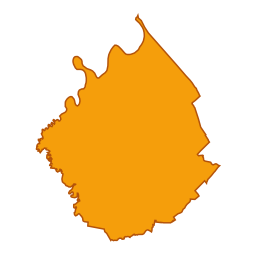 the district of Nautla, Veracruz, Mexico
{"feature_id": "50627088B42356912123760", "entity_name": "Nautla", "entity_type": "district", "adm_level": 2, "iso_a3": "MEX", "parent_name": "Mexico", "parent_adm1": "Veracruz", "projection": "natural_earth1", "projection_center": [-96.821, 20.123], "detail": "fine", "context": "isolated", "style": "filled", "palette": "amber", "viewbox_px": 256, "rotation_deg": 0, "n_neighbors": 0, "source": "geoboundaries", "source_scale": "gbopen_adm2", "svg_char_len": 5687}
<svg xmlns="http://www.w3.org/2000/svg" viewBox="0 0 256 256"><path d="M154.0,225.1L154.9,220.4L156.0,220.5L155.9,222.0L160.9,222.6L160.9,222.4L163.9,222.8L170.6,222.8L172.0,221.8L172.8,220.9L172.8,221.5L175.3,219.9L173.6,217.1L177.9,213.8L180.6,212.8L181.9,211.9L183.1,209.3L184.7,208.0L185.6,206.2L186.9,204.4L189.8,201.8L190.5,200.1L190.4,199.1L194.9,199.4L199.0,196.0L198.0,194.2L195.0,190.7L204.6,180.8L206.5,183.2L206.6,182.4L207.5,180.5L207.7,179.6L211.4,175.6L214.0,172.3L215.0,171.3L217.9,167.4L219.6,165.7L218.5,165.4L217.5,164.6L216.3,163.9L215.3,163.9L213.3,164.8L212.5,164.6L211.5,163.8L210.8,162.4L210.2,162.1L205.1,161.1L203.9,160.4L203.7,159.9L203.5,159.0L203.5,158.0L202.7,156.7L202.8,156.0L203.2,155.9L203.1,155.5L202.1,155.2L201.2,155.5L200.2,155.4L198.8,155.8L198.0,155.2L197.4,154.3L200.6,150.8L209.4,142.1L208.2,140.3L208.2,139.8L205.3,135.3L205.8,134.7L200.7,127.2L198.4,118.9L194.8,107.8L193.9,106.6L193.6,105.7L192.0,103.8L192.3,103.3L192.2,102.8L195.2,100.5L200.0,96.1L199.2,94.8L198.7,93.4L196.8,90.0L196.3,88.4L194.7,86.9L192.3,83.1L190.1,80.3L185.8,75.7L176.6,65.0L148.3,32.9L144.6,27.2L141.3,20.6L138.4,18.0L137.9,15.4L137.2,16.9L136.0,17.9L135.7,19.5L136.4,20.3L139.6,23.3L142.3,27.2L143.4,29.5L144.1,32.4L144.3,34.8L144.3,36.8L143.4,41.0L142.1,43.6L141.1,45.2L139.8,46.9L138.7,49.2L138.0,50.1L134.5,53.0L130.9,54.3L129.4,54.5L127.5,54.5L126.0,54.2L124.5,52.9L121.5,49.4L118.4,46.3L116.4,45.3L114.8,45.2L113.1,47.0L111.2,49.6L109.7,52.6L108.8,54.8L108.1,58.6L107.9,65.8L107.0,70.2L106.5,71.1L105.1,72.8L102.2,74.9L98.8,78.0L97.8,78.0L97.0,77.6L96.3,76.6L94.7,73.2L92.6,71.0L90.6,69.9L86.9,68.6L83.1,65.8L82.1,63.5L82.0,61.5L81.6,60.0L80.6,58.8L78.2,56.9L77.1,56.5L75.1,56.7L74.0,57.6L73.3,59.1L73.0,60.9L73.1,62.2L73.6,64.3L75.4,67.9L77.0,69.4L80.4,69.4L82.5,69.8L84.2,71.2L85.1,72.5L85.6,74.0L86.3,77.9L86.3,80.7L86.1,82.6L85.3,85.1L85.2,86.7L83.8,88.8L81.7,89.0L79.7,89.9L79.2,90.3L78.4,91.8L78.1,94.4L79.7,98.6L80.0,101.0L79.4,103.8L78.3,105.3L77.5,105.9L76.3,105.4L75.5,104.3L75.0,102.9L74.5,100.5L73.8,98.8L71.9,96.7L70.6,96.6L69.3,97.1L67.4,98.6L66.0,100.6L65.4,101.9L65.5,102.0L65.3,102.9L65.3,106.6L65.8,107.1L66.7,108.7L66.7,109.8L66.4,110.8L65.7,111.8L65.0,112.4L61.6,114.1L59.7,116.1L60.2,116.9L60.7,118.2L60.8,119.4L59.8,120.8L59.5,121.0L58.6,120.8L58.2,119.9L57.2,119.6L55.1,121.0L54.0,119.7L53.6,119.6L53.1,120.2L53.1,120.7L54.5,122.1L54.7,123.4L54.4,124.1L52.6,122.9L51.6,122.6L51.1,123.7L51.1,124.2L51.3,124.5L52.1,124.4L52.6,125.3L52.0,126.6L50.8,126.3L49.4,124.7L48.8,124.5L48.3,124.9L48.1,126.0L48.4,126.2L49.1,125.5L49.6,125.8L49.5,126.2L48.6,127.1L48.0,128.6L47.1,129.0L46.6,128.0L45.7,128.2L45.3,128.5L45.0,130.1L44.5,130.6L44.0,130.6L43.3,129.5L42.8,129.3L42.3,129.5L42.2,130.8L42.4,132.4L42.3,132.8L41.8,133.0L41.4,133.7L42.8,136.8L43.0,137.9L42.9,138.6L42.5,138.9L42.0,138.2L40.7,138.7L40.4,139.3L40.6,140.2L40.4,140.6L40.0,140.7L39.2,139.2L38.4,139.4L38.4,140.2L38.6,140.7L39.4,141.5L39.4,142.7L39.7,143.3L39.6,143.6L38.4,143.6L37.6,144.4L37.0,145.3L37.0,145.7L37.4,146.1L37.5,146.4L36.9,146.5L36.7,147.0L36.8,147.8L36.4,149.0L36.7,149.4L37.3,149.5L38.5,149.1L39.1,149.5L39.1,149.9L38.6,149.9L38.0,151.0L39.9,151.4L40.1,151.7L39.9,152.3L40.2,152.7L42.1,150.2L42.2,149.4L43.2,149.4L44.4,148.1L45.8,148.3L45.5,148.5L46.3,149.8L47.6,149.9L49.7,151.0L49.8,151.4L48.9,152.2L47.4,152.5L48.4,153.6L48.9,153.5L49.0,154.1L48.6,153.8L48.5,154.1L49.0,154.4L49.5,155.3L50.0,155.3L50.5,154.8L50.7,155.6L49.4,155.8L48.7,155.4L48.0,154.5L47.6,154.6L47.0,155.0L46.8,157.7L47.1,158.5L48.2,159.0L49.9,157.7L50.7,157.4L51.0,157.0L50.9,157.6L50.1,158.1L51.2,158.0L52.0,159.0L51.7,159.3L51.2,158.6L49.8,159.1L50.0,160.0L48.5,160.1L48.8,160.6L49.5,160.7L49.8,161.2L50.4,161.4L50.8,161.3L51.2,160.7L51.3,160.8L51.3,161.4L51.1,161.5L50.9,162.3L51.9,163.7L50.6,163.7L49.7,165.1L49.7,165.4L51.6,165.7L51.7,166.3L51.5,166.8L50.8,167.5L50.7,167.9L50.9,168.1L51.6,168.0L53.2,168.3L54.0,168.1L54.6,168.3L55.6,169.2L56.6,168.9L56.9,169.3L56.7,169.9L56.1,170.2L56.1,170.6L56.6,171.3L57.8,172.0L58.8,171.1L59.9,171.1L59.8,169.4L60.2,169.3L61.3,169.9L61.3,170.9L61.9,171.1L62.0,171.4L61.4,172.6L61.6,173.0L63.0,174.0L62.0,178.5L62.0,179.9L62.5,181.6L62.4,181.8L63.3,182.7L64.8,183.8L65.5,184.6L65.6,185.1L66.3,185.8L67.2,185.9L68.8,186.9L70.6,187.0L72.9,185.4L73.6,184.2L73.9,184.0L74.9,184.0L75.6,184.3L75.3,184.7L74.3,184.9L73.6,185.8L72.9,186.9L72.3,188.9L71.6,189.3L70.9,190.2L69.6,191.1L68.7,192.9L68.9,193.6L69.6,193.8L70.2,193.7L71.7,192.2L72.4,192.0L73.0,192.3L73.2,193.3L73.2,194.7L72.9,195.1L71.7,195.1L71.3,195.4L70.9,196.0L71.0,196.6L72.0,197.2L74.8,197.7L76.7,197.0L77.1,196.6L77.3,195.4L77.3,193.2L78.0,193.3L78.5,194.9L78.6,196.7L77.8,199.3L77.4,199.6L77.4,200.4L77.7,200.7L78.2,200.6L78.8,199.5L79.3,199.4L79.7,200.9L78.0,201.8L75.5,204.1L73.8,204.5L73.7,206.2L73.8,207.5L74.1,207.8L74.5,208.0L75.2,207.9L76.0,206.8L76.4,207.2L76.4,207.6L75.5,209.7L75.1,212.1L74.3,212.6L74.4,214.0L74.7,214.9L75.6,215.8L76.8,215.3L78.4,213.9L79.0,213.7L79.8,214.2L80.8,215.7L81.2,215.8L82.6,218.0L83.0,220.6L83.3,221.1L84.6,221.7L88.1,222.2L87.8,226.0L104.2,229.1L104.8,231.7L106.7,233.3L110.8,240.4L111.2,239.8L111.9,239.7L113.4,240.6L114.4,240.3L116.9,240.4L117.7,239.8L118.2,239.0L119.5,238.2L121.3,238.3L122.1,239.2L123.9,239.0L124.3,238.2L124.2,237.5L125.2,236.6L125.8,236.9L127.4,236.5L129.1,236.7L129.6,237.3L130.0,237.4L130.4,236.7L133.1,235.1L133.1,234.8L133.4,234.5L134.2,234.3L134.5,234.3L135.0,235.2L136.3,234.7L137.3,235.0L138.0,234.5L142.5,234.4L143.8,233.7L146.0,230.6L147.2,230.0L147.9,229.9L149.8,230.8L151.5,231.9L151.9,230.6L152.1,227.8L152.3,227.3L153.1,226.9L152.9,224.7L154.0,225.1Z" fill="#f59e0b" stroke="#b45309" stroke-width="1.5"/></svg>